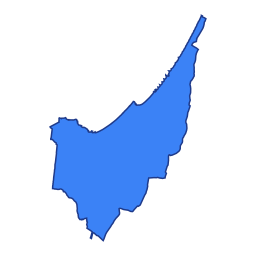 Coveñas, Sucre, Colombia (Natural Earth projection)
{"feature_id": "7082276B10536000233920", "entity_name": "Coveñas", "entity_type": "district", "adm_level": 2, "iso_a3": "COL", "parent_name": "Colombia", "parent_adm1": "Sucre", "projection": "natural_earth1", "projection_center": [-75.653, 9.406], "detail": "fine", "context": "isolated", "style": "filled", "palette": "blue", "viewbox_px": 256, "rotation_deg": 0, "n_neighbors": 0, "source": "geoboundaries", "source_scale": "gbopen_adm2", "svg_char_len": 5657}
<svg xmlns="http://www.w3.org/2000/svg" viewBox="0 0 256 256"><path d="M138.2,206.3L139.9,205.3L140.3,204.8L144.7,195.1L145.9,193.2L146.4,191.1L147.0,189.5L147.7,186.2L147.5,184.9L148.7,178.0L154.1,177.6L156.3,177.7L157.6,177.4L160.1,178.1L161.0,178.1L162.3,178.4L162.7,178.4L164.5,178.0L165.0,178.0L165.4,176.1L166.4,173.4L165.4,172.0L167.2,166.2L168.0,165.1L168.5,160.3L168.5,156.1L168.7,155.3L169.4,154.8L169.7,154.8L170.3,155.5L172.2,155.1L176.3,153.3L178.6,151.5L179.4,150.7L180.2,148.9L180.3,146.3L180.4,145.6L182.3,142.5L182.5,141.4L182.5,139.1L182.7,138.3L183.7,136.8L184.0,135.9L185.6,133.3L186.1,131.8L186.6,130.2L186.9,128.2L186.6,124.1L185.9,122.7L185.8,120.9L187.3,116.4L187.8,112.4L188.3,111.4L190.0,106.4L190.0,106.0L190.0,105.6L189.3,105.3L189.1,104.9L189.1,104.2L189.3,102.8L190.1,100.6L190.2,100.0L189.9,98.7L189.7,96.4L189.7,95.5L190.5,93.2L190.6,92.5L190.7,88.6L190.4,86.1L190.0,84.7L190.0,84.0L190.4,82.9L190.4,82.0L191.1,80.7L191.8,80.1L193.2,77.9L193.3,77.5L194.1,76.2L194.2,74.9L194.0,73.4L194.3,72.0L194.1,69.1L194.2,67.9L193.9,65.1L193.9,64.6L194.1,63.9L195.0,61.9L195.5,60.1L195.6,59.0L195.8,55.8L196.4,53.3L197.6,50.6L198.3,49.5L196.4,48.0L194.1,46.7L191.3,44.9L191.7,45.0L192.8,43.2L193.7,42.4L194.0,42.2L194.8,42.1L195.3,41.8L195.8,41.8L196.3,41.5L196.5,41.1L196.4,40.6L196.9,38.7L196.7,38.5L199.1,34.7L202.4,29.1L203.1,27.7L203.4,26.7L203.7,26.0L203.8,25.3L204.0,24.7L204.3,22.5L204.5,21.8L205.0,21.3L205.9,18.7L204.1,17.6L202.8,17.1L202.2,16.5L202.4,15.9L201.4,15.4L201.4,15.9L201.1,16.5L199.2,20.7L198.6,21.4L198.5,21.5L198.0,21.2L198.4,21.6L198.3,22.0L197.7,23.3L197.0,24.5L196.6,25.9L195.9,27.1L195.5,27.7L194.8,29.5L194.3,30.4L193.9,30.7L193.9,31.2L193.0,33.0L192.6,33.7L192.3,33.9L191.9,35.0L191.3,36.2L190.7,37.0L189.8,39.1L189.1,40.0L188.5,41.7L187.5,43.0L186.4,45.3L185.8,46.0L185.6,46.8L185.1,47.8L184.6,48.7L184.2,49.0L183.5,50.7L182.3,52.0L182.1,52.9L181.7,53.8L180.8,54.9L180.6,55.6L180.0,56.5L179.0,57.3L178.6,57.4L178.8,57.6L178.8,57.9L178.1,59.9L177.7,60.5L177.3,60.8L177.2,61.2L176.7,61.9L176.1,62.4L175.4,62.7L175.3,63.5L174.7,65.2L173.9,66.0L173.3,67.3L172.2,68.4L171.2,68.8L171.3,69.1L171.3,69.4L170.9,70.5L170.2,71.0L168.8,70.9L169.2,71.4L169.3,72.2L169.1,72.9L168.3,74.6L168.9,75.1L168.9,75.5L168.7,76.1L168.2,75.8L167.5,76.1L167.1,76.0L166.8,75.7L166.1,75.4L165.8,75.1L165.8,75.6L166.4,76.8L166.4,77.4L165.4,78.9L164.8,79.1L163.9,78.9L164.2,80.0L164.1,80.9L163.8,81.4L163.6,81.4L163.1,81.9L162.0,81.9L162.2,83.4L161.8,84.2L160.9,85.0L160.5,85.1L159.8,84.8L160.0,85.3L160.0,86.2L159.4,87.0L158.4,87.2L157.9,87.1L158.2,88.3L158.0,88.8L157.5,89.5L157.2,89.6L156.7,89.6L156.0,89.2L155.7,89.4L156.2,90.0L156.3,90.7L156.0,91.1L155.8,91.3L155.4,91.0L155.6,91.6L155.3,91.9L155.0,91.9L154.0,91.4L153.5,91.9L153.7,92.5L152.9,93.7L149.8,97.3L145.2,101.8L143.5,103.2L142.3,104.1L141.0,104.7L139.3,105.1L138.5,105.0L138.2,105.1L137.6,105.2L136.9,105.0L136.3,104.3L136.1,104.9L135.5,104.4L135.7,104.1L135.4,103.8L135.5,103.7L134.6,102.1L134.4,101.8L134.0,101.6L133.7,101.5L133.3,101.5L132.9,102.2L129.8,106.0L129.7,105.9L129.5,106.2L129.4,106.1L127.5,108.4L125.4,110.5L125.0,110.8L123.0,113.1L122.8,113.1L122.7,113.5L122.1,113.9L121.2,115.0L119.5,116.5L119.0,117.1L118.4,117.6L116.2,119.7L111.8,123.3L111.8,123.2L109.9,124.7L106.2,127.2L102.9,129.4L98.9,131.5L96.0,132.7L95.2,132.7L95.1,131.9L93.7,132.6L92.5,132.7L92.0,132.4L91.6,131.5L91.7,131.2L92.2,131.3L92.3,131.2L90.9,130.8L91.3,131.1L91.3,131.4L91.1,131.7L90.7,132.0L89.6,132.2L88.6,132.0L88.5,131.9L88.9,131.7L88.5,131.4L88.6,131.2L88.5,130.7L88.1,130.7L87.8,130.4L87.5,129.4L87.2,129.1L86.5,128.9L86.1,128.4L84.6,127.5L84.2,127.4L83.9,127.5L83.6,127.3L82.9,127.5L82.4,127.3L81.5,126.7L81.6,125.8L80.7,125.7L80.7,125.4L78.7,125.0L77.5,123.1L77.4,122.8L77.7,122.6L77.7,122.3L77.6,122.0L77.7,121.9L77.4,121.4L77.5,121.1L77.4,121.0L77.1,120.9L76.7,120.7L76.7,120.4L76.8,119.9L76.4,119.5L75.9,119.3L74.1,119.8L73.8,120.0L70.5,119.9L68.9,120.1L68.9,119.7L67.6,119.7L66.3,119.0L66.0,118.1L65.6,118.0L65.4,117.7L64.8,118.0L64.4,118.0L63.8,118.2L61.7,118.2L61.5,118.6L59.3,117.9L59.0,118.6L59.1,119.5L58.9,121.9L59.0,122.1L50.1,126.8L50.4,127.6L52.1,128.8L52.2,129.0L51.2,137.2L51.1,137.9L50.8,138.3L50.8,139.4L52.4,139.5L54.8,142.1L56.0,142.8L56.2,143.0L56.2,144.3L57.0,144.7L57.1,145.6L56.4,152.7L56.5,153.3L55.8,159.3L55.4,162.7L55.0,164.6L54.9,168.6L54.5,170.0L54.5,171.1L53.7,177.4L53.5,180.2L53.2,181.6L53.3,182.4L53.0,183.3L53.0,184.4L52.7,186.0L52.6,188.6L53.3,188.6L55.0,189.1L55.9,189.0L57.5,189.4L59.0,189.4L60.3,189.0L60.9,189.0L62.0,189.5L62.8,190.1L63.5,190.9L63.3,191.4L63.4,191.6L63.8,191.3L65.1,192.2L65.8,193.0L66.4,193.8L66.9,195.1L67.9,196.2L68.7,197.5L70.0,197.9L70.8,197.9L72.1,198.4L73.1,199.2L74.2,200.7L76.0,202.2L76.9,204.4L77.3,209.0L77.1,210.0L77.1,211.0L77.7,213.3L78.2,214.4L78.2,215.5L78.5,217.6L79.9,219.5L80.3,219.4L81.4,219.8L82.1,219.1L82.3,219.2L82.5,219.6L82.8,219.7L84.7,218.5L85.2,218.4L85.9,218.4L86.6,218.2L86.6,218.8L86.8,219.3L86.6,220.0L86.9,220.5L86.9,221.5L87.3,221.9L87.4,222.3L87.0,223.0L87.0,223.9L86.7,224.7L87.4,226.2L87.0,228.3L90.8,230.7L92.2,231.8L91.0,236.4L90.4,237.9L91.4,238.5L92.4,234.3L92.9,233.1L93.2,232.8L93.5,232.8L94.3,233.2L94.9,233.8L96.8,235.5L97.8,235.7L98.4,236.0L102.4,239.9L103.2,240.6L104.0,238.8L105.7,234.1L106.8,232.1L110.8,226.4L111.4,225.2L113.0,223.1L114.1,220.9L115.0,219.6L116.1,218.1L117.0,217.3L117.4,216.6L118.2,216.0L119.4,214.3L119.6,212.9L119.4,211.8L119.1,209.0L119.1,208.6L119.4,208.4L120.7,208.4L122.4,209.0L123.2,209.4L124.2,209.6L128.1,210.2L130.6,211.4L132.4,211.6L132.9,211.3L134.3,209.5L137.4,206.1L138.2,206.3Z" fill="#3b82f6" stroke="#1e3a8a" stroke-width="1.5"/></svg>